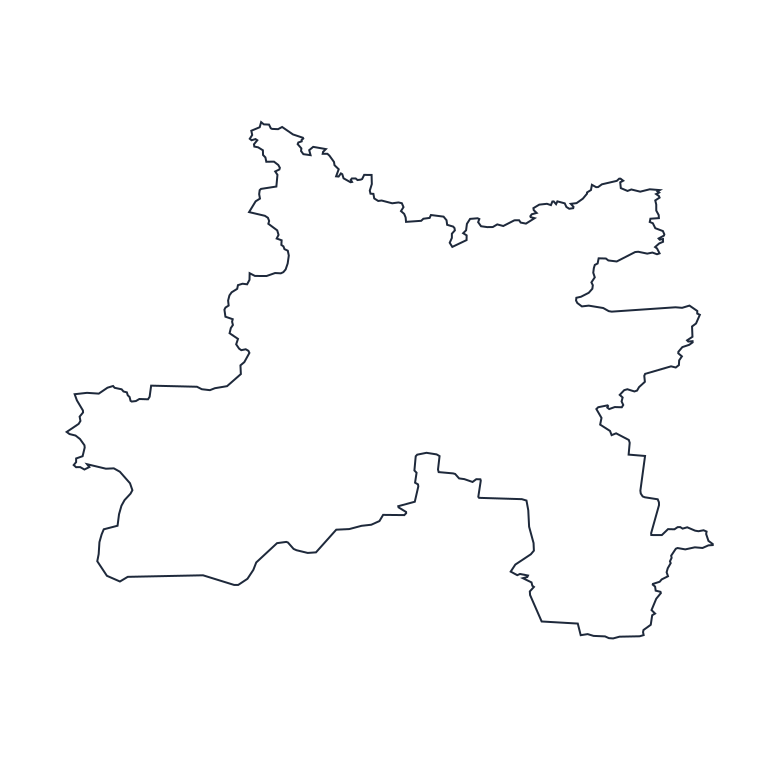 map outline of Kirov (Natural Earth projection), rotated 176°
{"feature_id": "RUS-2384", "entity_name": "Kirov", "entity_type": "Region", "adm_level": 1, "iso_a3": "RUS", "parent_name": "Russia", "parent_adm1": "", "projection": "natural_earth1", "projection_center": [49.311, 58.566], "detail": "fine", "context": "isolated", "style": "outline", "palette": "slate", "viewbox_px": 768, "rotation_deg": 176, "n_neighbors": 0, "source": "natural_earth", "source_scale": "10m", "svg_char_len": 6112}
<svg xmlns="http://www.w3.org/2000/svg" viewBox="0 0 768 768"><g transform="rotate(176 384 384)"><path d="M412.3,597.1L411.0,596.2L410.0,592.0L403.3,587.6L401.8,587.8L402.9,590.0L401.7,591.3L397.9,591.0L396.2,589.3L392.9,589.5L391.5,590.0L389.2,594.0L381.8,593.4L382.2,584.3L384.7,577.9L384.2,574.8L381.3,574.4L380.8,569.8L377.0,567.0L373.6,567.2L363.2,563.7L356.9,564.1L353.6,563.1L352.2,559.1L355.0,555.3L352.0,552.3L350.8,548.6L350.7,544.2L335.5,544.2L333.2,546.1L326.9,546.5L325.4,549.3L312.9,546.8L310.2,543.0L309.9,538.4L304.0,536.2L302.8,534.6L302.6,532.3L305.8,529.2L306.1,525.0L308.6,520.3L306.3,516.0L291.6,521.8L291.2,526.5L294.5,528.9L291.4,531.6L290.1,538.0L286.6,542.7L279.1,542.8L277.4,541.9L278.8,538.9L276.2,534.6L270.0,533.3L264.5,533.0L259.9,535.3L254.0,533.3L242.5,538.2L237.8,537.9L236.4,535.5L231.2,534.1L222.2,538.9L226.0,540.2L226.3,541.2L224.8,543.0L219.8,544.0L222.5,547.0L222.7,549.0L216.6,552.1L208.9,552.4L205.0,550.8L203.3,554.3L202.0,554.3L199.8,551.4L198.3,554.1L191.1,551.6L189.7,547.9L187.0,545.9L183.0,546.2L182.6,547.5L185.1,550.7L179.3,551.0L172.7,555.0L168.2,559.7L168.1,560.9L164.0,563.1L162.7,568.2L158.7,565.6L156.7,565.5L152.7,568.0L137.6,570.4L135.1,572.4L133.7,572.3L131.2,570.1L134.3,568.7L134.1,562.9L127.6,559.6L123.7,560.8L115.0,558.0L105.3,559.7L95.4,558.2L97.7,557.1L96.2,555.8L99.3,554.5L96.7,552.4L96.1,550.7L100.6,548.2L99.9,544.0L100.3,538.0L98.2,533.4L98.2,530.3L106.7,530.3L107.6,527.1L104.6,525.6L102.5,520.5L95.1,517.1L93.9,513.7L94.4,512.5L99.9,510.0L98.9,508.7L95.6,509.2L95.7,506.4L99.7,505.0L104.0,501.7L102.2,500.2L100.0,495.1L102.6,494.4L107.1,496.4L112.3,495.7L121.2,498.2L124.3,498.1L143.3,490.0L151.6,491.6L153.9,493.7L161.1,494.4L162.5,489.3L165.4,488.1L166.6,484.9L167.5,480.4L166.3,475.7L170.0,470.9L168.8,468.0L169.5,464.5L173.4,460.7L181.4,457.3L186.1,456.6L186.6,453.9L185.5,451.3L181.2,447.6L174.3,447.9L160.0,444.5L154.7,441.0L151.8,440.3L87.9,440.2L81.3,439.2L73.8,440.9L66.4,435.0L66.6,432.4L64.1,431.0L68.5,422.6L72.7,419.9L73.0,409.6L78.6,406.4L77.5,405.1L73.2,405.2L73.2,404.0L76.8,401.8L83.8,400.0L88.1,395.6L88.3,394.1L84.9,390.8L87.9,387.0L88.5,382.3L91.8,380.1L96.4,381.6L122.8,375.9L123.8,374.0L123.6,368.0L129.8,363.1L132.0,359.8L134.7,359.1L141.6,361.8L144.8,361.1L149.6,356.7L146.9,353.9L148.2,350.0L146.8,346.4L148.4,344.2L155.4,344.9L161.1,343.3L162.9,344.9L162.0,346.4L162.5,347.1L171.9,345.9L173.9,344.2L169.4,335.0L171.2,328.4L161.8,321.4L160.5,317.1L155.9,318.6L143.7,311.1L143.0,308.2L144.9,296.5L128.6,294.0L135.7,259.7L135.5,256.8L133.8,253.8L131.7,252.8L119.0,249.9L118.0,246.8L118.1,244.0L127.9,216.6L127.9,214.7L117.4,213.9L110.8,219.4L104.4,218.8L101.1,220.7L98.5,220.6L96.2,218.9L91.5,219.9L83.9,216.0L80.6,215.2L75.4,215.8L72.5,214.3L73.1,211.9L71.3,204.9L67.2,201.4L67.3,200.4L71.6,200.4L77.7,198.2L85.3,199.4L95.0,198.0L102.6,199.9L104.4,199.3L109.5,192.7L109.2,190.5L111.1,187.2L110.5,185.3L113.8,180.4L115.2,176.5L114.1,172.4L120.6,169.7L122.8,167.5L129.7,165.8L129.9,165.1L127.7,163.0L127.4,158.9L122.7,157.4L122.4,156.1L127.4,150.8L132.9,139.8L129.6,136.1L132.6,134.6L134.7,125.2L142.3,120.5L142.9,118.4L142.5,115.4L146.5,114.5L166.7,115.5L173.2,114.2L177.4,114.8L181.1,116.8L192.5,118.1L198.3,120.3L205.3,119.7L207.4,131.5L243.3,136.1L253.0,163.3L253.0,166.9L248.6,171.1L250.1,172.4L250.7,175.8L259.0,180.6L254.5,181.5L253.7,182.9L261.6,185.0L264.4,184.0L270.7,188.0L265.6,194.7L249.4,203.9L246.1,207.3L245.9,214.9L249.2,231.5L248.9,248.0L250.0,257.8L254.5,259.5L297.1,263.8L297.8,264.9L294.2,280.9L294.5,282.2L298.6,282.6L302.5,280.1L310.5,283.5L315.7,284.6L319.3,289.3L321.3,290.0L335.6,292.3L336.1,294.9L333.6,308.2L336.4,310.1L346.4,312.4L355.8,311.2L357.4,309.7L359.7,295.6L357.7,293.2L359.9,283.4L357.1,281.5L356.9,279.5L361.5,264.4L378.3,261.1L378.1,259.9L370.9,254.8L370.9,253.6L372.9,251.8L394.0,253.5L398.1,247.6L406.5,244.5L416.3,244.1L428.8,241.7L441.8,242.0L463.6,220.8L471.9,220.8L482.9,224.3L485.7,225.8L490.9,232.6L492.5,233.3L501.8,232.7L523.9,214.9L527.3,207.7L533.8,199.2L543.5,193.7L547.5,194.0L577.9,205.8L653.1,209.5L661.2,205.4L673.8,212.0L682.4,227.2L680.5,234.2L678.9,246.1L676.2,253.6L673.7,258.6L659.7,261.2L657.4,272.6L654.4,280.9L650.9,286.3L644.5,292.3L642.4,295.6L644.3,302.7L653.6,314.9L659.4,318.7L667.3,318.9L685.8,324.7L683.7,321.7L688.8,319.6L692.9,322.3L697.0,322.5L699.2,324.8L696.6,327.5L696.3,331.2L689.7,333.0L687.0,341.5L687.1,343.8L691.1,350.3L695.3,354.1L701.2,356.0L703.9,358.3L691.4,365.5L689.4,368.3L689.9,372.7L686.2,376.6L686.2,378.6L691.5,389.1L693.3,395.4L680.9,395.9L669.2,394.3L660.1,399.6L654.4,400.9L653.0,399.0L646.1,397.0L644.4,394.7L641.1,393.6L640.4,390.6L638.7,388.8L638.0,384.9L636.9,384.1L632.7,384.3L629.1,386.1L620.5,385.2L618.7,387.6L616.4,398.6L570.8,394.3L566.1,391.5L558.1,390.0L553.0,391.6L540.7,392.8L526.1,403.9L525.9,412.6L521.8,415.6L516.1,424.4L517.0,426.6L519.5,428.3L524.0,427.7L526.1,429.4L528.7,433.9L526.5,439.2L534.5,445.4L532.9,450.5L530.6,453.4L531.2,456.7L530.4,459.2L537.5,462.2L538.0,469.3L536.8,471.3L533.5,473.1L533.7,478.1L532.0,483.2L529.6,486.1L523.8,489.2L522.8,492.8L518.1,493.9L513.6,493.0L510.9,497.3L510.3,503.9L505.2,500.8L493.7,499.9L484.9,502.3L479.2,501.6L476.6,502.6L474.1,505.2L471.7,510.9L470.0,518.8L470.7,523.7L473.9,525.5L474.7,528.3L476.7,529.9L476.1,534.5L480.9,536.6L478.8,540.1L479.8,544.7L488.2,551.9L487.2,554.6L488.2,557.9L491.1,560.1L506.6,564.9L499.3,575.2L494.8,577.6L495.3,582.1L494.5,586.0L493.1,587.2L477.6,588.5L475.7,600.1L477.7,603.6L473.4,605.3L472.8,606.9L474.2,609.9L478.3,613.5L485.9,613.9L486.5,618.3L488.7,620.9L488.5,625.6L493.1,628.9L496.8,629.9L497.0,632.2L493.4,636.0L495.1,637.3L499.1,636.4L500.8,638.0L498.1,641.6L498.7,645.9L490.1,648.8L488.3,653.8L485.8,651.4L480.6,650.8L479.1,647.0L477.9,646.3L471.9,645.6L467.7,647.5L457.4,639.3L447.7,635.3L447.4,634.5L449.2,633.1L449.2,631.8L452.6,630.9L453.4,629.3L450.0,624.8L450.5,622.2L448.4,618.9L441.3,617.4L442.3,622.5L438.1,625.5L425.6,622.4L428.6,619.8L429.1,617.9L424.4,617.6L422.5,615.6L418.4,609.0L418.1,605.7L414.2,601.4L417.3,594.5L414.8,594.1L412.3,597.1Z" fill="none" stroke="#1e293b" stroke-width="2"/></g></svg>